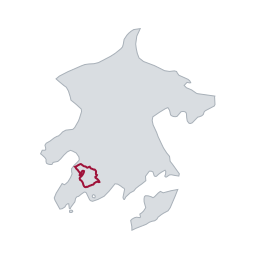 location of Shamkir District, Şəmkir, Azerbaijan, rotated 280°
{"feature_id": "54616110B57585842497805", "entity_name": "Shamkir District", "entity_type": "district", "adm_level": 2, "iso_a3": "AZE", "parent_name": "Azerbaijan", "parent_adm1": "Şəmkir", "projection": "mercator", "projection_center": [46.075, 40.851], "detail": "fine", "context": "in_parent", "style": "outline", "palette": "rose", "viewbox_px": 256, "rotation_deg": 280, "n_neighbors": 0, "source": "geoboundaries", "source_scale": "gbopen_adm2", "svg_char_len": 4621}
<svg xmlns="http://www.w3.org/2000/svg" viewBox="0 0 256 256"><g transform="rotate(280 128 128)"><path d="M174.5,208.0L173.5,207.9L166.2,209.6L164.6,209.1L158.4,201.1L157.1,200.2L154.4,199.8L152.8,198.5L151.5,196.4L150.8,194.8L144.3,190.4L143.3,188.8L143.2,187.4L144.2,186.2L145.3,185.1L148.4,184.0L152.1,183.1L153.3,182.4L153.9,181.2L153.9,179.4L153.3,177.5L147.9,174.2L147.4,172.8L147.2,171.0L147.5,169.2L148.3,167.7L152.7,165.8L155.0,163.7L153.5,161.4L148.9,156.2L143.3,150.5L139.6,150.5L135.4,152.2L128.5,157.0L124.8,159.1L119.8,162.6L114.5,166.4L110.1,170.5L107.3,173.8L102.5,175.3L100.0,178.1L91.8,186.5L89.5,186.4L89.4,182.2L89.5,178.9L89.0,177.0L86.4,174.4L86.3,173.3L87.0,172.6L89.1,173.0L91.7,172.8L92.9,171.8L90.1,168.4L87.6,166.0L85.5,164.5L85.1,163.6L85.1,162.9L85.5,162.1L89.1,160.2L89.5,158.4L89.2,156.5L83.5,153.6L79.2,154.7L75.4,151.4L72.9,148.9L69.9,146.2L67.1,144.7L64.5,141.4L59.9,137.9L57.0,136.9L57.0,136.3L57.6,135.7L58.8,135.1L66.9,135.3L67.9,134.7L68.4,133.1L69.6,130.9L70.9,127.6L70.8,124.9L62.6,120.4L56.6,116.3L52.5,110.9L49.7,105.9L49.8,104.2L50.6,102.7L57.0,98.1L57.4,96.9L57.3,96.1L55.0,93.7L52.2,91.3L51.3,89.5L49.5,88.6L46.1,88.5L40.1,85.5L38.8,85.3L38.5,84.7L38.8,84.1L43.1,82.8L43.0,81.8L41.7,80.5L39.3,79.6L37.1,77.2L36.3,75.0L44.1,68.7L46.3,67.5L51.4,68.6L61.9,72.8L61.1,75.1L62.2,76.4L64.6,78.2L69.2,80.0L73.1,80.9L75.1,80.1L78.1,79.5L82.0,81.5L85.6,84.1L87.4,85.2L88.4,85.5L91.1,84.6L94.4,81.3L95.7,77.2L96.0,75.2L94.1,72.5L90.2,69.6L85.8,67.0L82.9,64.7L81.1,60.2L79.3,59.7L78.8,59.1L78.5,57.6L78.6,55.4L79.2,53.8L81.0,53.0L82.8,52.8L84.5,51.2L86.5,48.1L87.4,46.4L91.2,47.4L91.7,50.1L92.4,50.7L94.0,50.4L96.7,49.2L98.8,50.1L101.5,53.4L105.3,56.9L107.3,59.3L108.1,60.9L110.0,62.5L112.8,64.3L115.1,67.2L117.1,73.9L119.1,75.4L126.3,78.0L128.9,78.5L136.0,79.4L138.5,78.7L142.2,73.0L145.5,67.0L148.5,65.8L154.1,62.9L157.4,60.2L158.8,57.3L162.0,51.7L163.9,48.6L167.2,51.4L172.9,58.9L181.0,71.1L183.0,74.5L184.3,78.5L185.4,83.3L187.3,87.6L195.5,98.3L199.1,102.2L204.9,107.3L206.9,108.5L209.6,108.8L214.6,108.8L219.2,110.8L221.4,112.2L223.8,114.2L225.9,116.5L228.0,122.8L220.0,120.7L212.0,121.0L207.5,122.4L203.1,124.2L198.9,126.7L196.2,131.7L194.0,143.3L190.8,154.0L190.9,159.0L192.3,163.7L192.1,166.0L190.7,167.0L188.8,169.0L186.3,178.8L185.1,180.7L183.5,181.9L183.1,180.8L183.2,178.2L179.7,175.9L177.8,178.5L176.6,183.9L174.0,189.5L173.9,190.6L174.5,208.0ZM56.0,107.0L56.4,105.4L55.4,104.7L54.3,104.7L53.4,105.4L53.4,107.4L54.7,107.7L56.0,107.0ZM29.8,152.1L28.6,150.5L28.0,149.6L31.6,148.9L37.4,146.7L39.0,147.8L40.7,149.9L41.6,151.8L41.8,155.2L42.5,155.8L45.3,154.6L46.6,156.0L48.8,157.7L52.6,159.3L58.1,156.7L60.9,156.1L63.1,156.1L64.3,156.9L64.7,159.6L64.3,162.9L63.7,164.7L64.8,166.0L69.3,169.1L71.2,170.9L70.3,173.9L73.7,181.3L74.8,184.2L76.1,187.7L69.2,186.3L56.8,183.4L53.4,181.8L50.2,177.7L48.3,175.7L45.4,173.1L43.1,172.2L41.3,170.4L40.3,167.8L38.9,165.4L36.3,162.6L30.5,153.1L29.8,152.1ZM37.1,87.5L36.4,88.1L35.2,87.5L34.8,86.3L34.9,85.1L36.1,84.8L37.0,85.1L37.3,86.3L37.1,87.5Z" fill="#d9dde1" stroke="#a8b0b8" stroke-width="1"/><path d="M80.6,82.6L80.4,83.0L79.8,83.5L79.3,83.8L78.8,84.4L78.3,85.1L78.0,85.7L77.5,86.2L76.5,87.1L76.1,87.7L75.8,88.2L75.5,88.6L74.7,88.6L74.0,88.6L73.3,88.6L73.3,88.8L73.4,89.1L74.1,89.5L75.0,89.7L75.7,89.7L76.5,89.9L77.3,90.1L77.9,90.7L78.1,91.1L78.0,91.8L77.9,92.2L76.7,92.2L75.9,92.0L75.1,91.8L74.5,91.6L74.0,91.4L73.4,91.0L72.8,90.8L72.3,90.4L71.9,90.2L71.7,89.9L71.5,89.6L71.3,89.4L70.7,89.2L69.7,89.2L69.2,89.6L68.6,89.8L68.4,90.2L68.3,90.6L68.1,91.2L67.6,91.7L67.1,92.2L66.5,92.8L65.8,93.2L64.3,93.9L63.3,94.6L62.8,95.1L62.4,95.8L62.4,96.5L62.4,96.8L62.9,97.4L62.9,98.1L63.1,98.3L63.2,98.6L63.7,99.3L64.2,99.8L64.5,100.3L64.7,100.7L64.9,101.3L65.5,101.9L65.7,102.4L66.0,103.0L66.3,103.7L66.6,103.9L67.2,104.2L67.9,104.4L68.5,105.2L68.8,105.6L69.5,106.2L69.7,106.7L69.7,107.1L69.7,107.7L69.6,108.5L69.8,109.2L70.2,109.1L70.8,108.6L71.2,108.2L71.6,107.7L72.0,107.2L72.3,106.8L72.7,106.1L72.9,105.6L73.1,105.2L73.3,104.7L73.5,104.5L74.3,104.4L74.7,105.0L75.2,105.2L75.8,105.5L76.3,105.6L76.6,104.9L76.9,104.5L77.5,104.3L78.1,104.2L78.9,104.2L79.4,104.1L79.9,104.0L80.3,103.6L80.8,103.1L81.2,102.6L81.3,102.2L81.2,101.6L81.1,101.3L81.4,100.4L81.6,99.5L81.7,98.6L82.0,98.1L82.7,97.5L83.0,97.2L82.8,97.1L82.8,96.2L82.5,95.8L82.3,95.5L81.9,95.1L81.9,94.6L82.0,94.1L82.3,93.7L82.5,93.4L82.7,92.9L82.7,92.4L82.7,91.4L82.8,90.9L83.1,90.4L83.3,90.0L83.5,89.5L83.9,88.8L84.2,88.3L84.2,87.8L84.2,87.4L83.7,86.7L83.2,86.0L82.7,85.4L82.3,84.8L81.8,84.4L81.4,84.0L81.1,83.5L80.9,83.0L80.6,82.6Z" fill="none" stroke="#9f1239" stroke-width="2"/></g></svg>